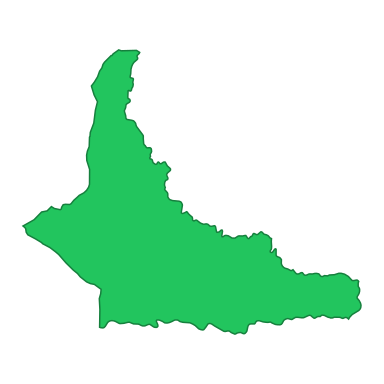 Sanarate, El Progreso, Guatemala, rotated 180°
{"feature_id": "79465075B63820217074048", "entity_name": "Sanarate", "entity_type": "district", "adm_level": 2, "iso_a3": "GTM", "parent_name": "Guatemala", "parent_adm1": "El Progreso", "projection": "robinson", "projection_center": [-90.277, 14.777], "detail": "fine", "context": "isolated", "style": "filled", "palette": "green", "viewbox_px": 384, "rotation_deg": 180, "n_neighbors": 0, "source": "geoboundaries", "source_scale": "gbopen_adm2", "svg_char_len": 5907}
<svg xmlns="http://www.w3.org/2000/svg" viewBox="0 0 384 384"><g transform="rotate(180 192 192)"><path d="M25.3,102.5L25.9,103.3L26.8,103.9L27.8,103.9L30.3,103.4L31.7,103.5L32.2,103.8L35.6,107.5L39.4,109.8L42.8,110.7L45.2,110.7L49.6,109.3L54.6,109.0L56.4,108.1L59.6,108.4L61.2,107.5L62.1,107.5L63.0,107.7L63.6,108.1L64.8,109.8L65.5,110.2L67.4,110.6L69.0,110.6L71.7,110.0L74.1,110.1L75.3,109.9L77.2,109.0L78.2,108.8L79.1,108.8L79.9,109.2L81.6,111.3L82.2,111.4L83.0,111.3L85.2,110.1L86.7,110.0L87.5,110.2L88.6,111.2L91.0,114.3L92.5,113.4L93.4,113.5L96.2,115.0L99.3,115.9L100.2,116.5L101.5,117.8L102.2,119.0L102.7,120.6L102.6,123.4L102.6,124.4L103.0,125.0L104.2,126.4L106.5,127.3L107.3,127.8L107.7,128.2L107.9,129.2L107.9,134.8L108.7,135.2L109.5,134.6L111.4,131.9L112.1,131.5L113.0,131.6L113.8,132.1L113.8,133.0L113.4,133.8L112.8,134.5L112.5,135.7L112.4,137.6L112.7,142.4L112.5,145.4L114.1,146.2L115.2,147.6L116.0,148.4L117.6,149.2L119.6,149.7L120.2,150.0L121.8,151.7L122.4,152.1L123.3,152.1L126.3,149.5L127.6,149.4L129.5,150.4L130.3,150.5L130.8,150.2L131.9,148.1L132.7,147.5L133.4,147.4L134.5,146.0L135.3,145.4L135.9,145.5L136.6,146.1L137.5,147.6L138.2,148.5L139.1,148.5L141.5,148.0L145.0,148.1L145.9,147.9L149.0,145.9L149.8,145.9L151.3,145.9L152.0,146.0L155.7,148.2L157.8,148.6L158.5,148.6L159.6,148.3L160.5,147.5L161.3,147.2L162.0,147.3L162.2,148.2L161.5,152.6L161.6,153.3L162.0,154.0L162.8,153.9L164.7,152.2L165.4,151.9L166.3,151.7L167.3,151.9L167.7,153.2L168.4,157.0L168.7,157.8L169.6,158.3L172.3,157.7L173.7,157.8L174.3,158.1L176.1,159.7L177.1,160.0L177.9,160.1L179.8,159.8L180.7,159.8L183.5,160.9L187.3,163.8L187.9,163.9L188.8,163.7L189.6,163.2L190.6,163.2L191.4,163.9L191.5,165.8L191.8,166.9L194.5,169.2L195.7,170.4L196.7,171.9L197.4,172.3L199.2,171.3L201.0,170.6L201.8,170.5L202.6,171.1L202.7,171.9L201.6,178.7L201.7,179.6L202.6,181.4L203.2,182.1L204.8,182.8L211.4,183.4L214.0,184.3L214.8,184.9L215.8,186.3L216.2,187.1L216.2,190.1L216.6,191.3L218.7,193.7L219.3,194.5L219.1,195.5L218.7,196.4L219.4,198.3L219.5,199.6L219.2,201.8L218.9,202.5L218.4,203.3L217.9,203.8L216.5,204.4L216.1,205.2L216.2,206.3L217.1,208.2L217.3,209.3L217.1,210.2L216.2,211.3L213.8,213.4L213.5,214.0L213.5,215.0L214.1,215.8L216.7,218.1L218.8,221.9L219.9,222.0L220.8,221.7L222.7,220.4L223.4,220.3L224.1,220.4L225.0,221.6L225.8,222.0L226.5,221.4L227.0,220.2L227.6,219.8L228.4,219.7L229.2,220.0L229.9,220.6L230.5,220.9L231.1,221.7L231.5,223.3L231.9,224.3L232.5,224.8L234.0,225.2L234.3,226.2L233.5,227.5L233.8,229.5L233.4,230.5L232.8,231.3L232.4,232.5L232.6,234.6L232.9,235.5L233.6,236.1L234.6,236.3L236.7,236.1L237.2,236.3L237.8,236.8L238.7,238.2L239.9,239.4L240.3,240.3L240.7,245.2L240.7,247.7L240.8,248.4L241.5,249.5L247.4,257.4L248.0,258.9L248.2,260.0L248.5,260.9L249.8,262.6L250.6,263.2L252.1,263.7L257.2,264.6L257.8,265.3L258.1,266.0L258.3,268.3L259.5,272.3L259.6,273.4L258.4,276.2L258.0,279.0L257.8,279.5L257.1,280.2L254.5,281.8L253.9,282.8L253.9,283.8L254.3,284.7L255.8,285.5L256.1,286.2L256.2,287.1L255.9,293.2L255.1,293.6L253.9,292.9L253.1,293.1L252.5,294.0L252.3,295.4L251.2,297.3L250.9,298.8L250.8,299.9L251.2,301.7L250.6,304.9L251.0,305.6L253.5,306.3L253.9,306.9L253.8,307.9L253.3,310.0L253.0,314.8L252.2,317.8L251.2,320.0L250.0,321.7L247.0,324.3L246.4,325.1L246.3,326.0L246.8,327.0L247.0,327.9L246.6,328.8L244.8,330.5L244.3,331.6L247.5,333.6L262.7,333.2L265.3,334.1L270.9,330.1L272.0,328.5L272.9,328.4L279.5,321.8L281.0,319.6L282.1,316.1L284.4,312.8L286.4,307.2L289.7,301.8L292.6,298.0L289.9,289.1L286.5,282.3L288.6,273.8L290.2,260.9L293.7,251.6L294.0,247.7L294.5,246.9L294.8,237.4L296.6,232.9L297.4,228.8L297.2,223.5L294.4,214.6L294.5,199.7L295.4,196.8L297.4,193.7L300.2,191.1L304.7,188.7L306.9,186.6L310.2,183.7L312.9,180.3L314.3,179.5L318.6,179.7L320.8,179.3L322.4,176.7L322.7,175.0L323.8,174.3L329.6,175.5L332.6,177.4L336.9,173.1L342.4,172.0L350.0,164.2L361.0,158.0L359.2,156.5L358.3,155.3L357.8,151.8L356.2,149.2L348.5,145.1L342.5,141.5L341.4,140.3L334.0,136.4L328.6,132.3L325.3,129.5L318.0,121.1L310.8,114.0L306.5,110.5L303.7,107.1L297.4,102.1L293.6,100.4L289.6,99.6L282.9,94.7L283.3,90.3L284.7,85.4L284.1,74.5L284.4,56.7L283.2,56.3L281.3,56.1L280.6,56.2L279.9,56.5L278.7,57.7L276.3,61.6L274.7,62.8L273.5,63.2L272.1,63.4L269.9,63.1L268.2,62.4L264.8,60.6L263.9,60.4L260.2,60.7L256.0,61.7L254.6,61.8L250.5,60.1L245.6,59.9L244.5,59.5L242.9,58.6L241.4,58.1L239.5,58.1L238.9,58.2L235.9,59.5L234.5,59.7L233.9,59.5L230.4,57.1L229.3,56.7L227.8,56.6L227.1,56.7L226.2,57.5L226.1,58.6L226.3,59.5L227.6,62.5L227.6,63.5L227.0,64.0L225.4,64.0L224.3,63.8L221.3,62.5L219.4,61.2L217.9,61.0L216.7,61.0L214.8,61.4L212.3,62.4L209.4,63.9L208.7,64.0L206.8,64.0L206.2,63.9L203.9,62.4L201.1,61.7L194.0,61.2L191.2,59.9L188.7,58.4L185.3,55.2L183.3,54.4L181.7,54.1L181.0,54.1L180.3,54.3L179.8,54.8L178.2,56.8L176.2,59.8L175.7,60.2L174.7,60.5L173.3,60.4L172.3,60.0L169.2,57.9L160.3,52.8L158.9,52.5L155.9,53.1L154.5,52.8L152.7,51.4L149.2,49.9L148.3,50.1L146.8,51.0L145.1,51.4L143.2,51.5L140.8,50.4L139.9,50.3L139.2,50.5L138.7,50.9L137.6,52.1L137.1,53.0L136.2,57.3L135.8,58.3L135.3,59.1L134.3,59.9L133.6,60.0L132.6,60.1L129.5,60.1L129.0,60.5L128.1,62.1L127.3,62.9L126.0,63.3L124.4,63.2L120.9,62.1L117.6,61.7L116.0,61.6L114.4,61.9L113.3,61.9L112.0,61.0L108.7,59.6L106.8,59.3L104.0,59.2L102.7,59.7L101.8,60.7L100.4,63.3L99.6,64.2L98.0,65.0L96.6,65.4L95.9,65.4L92.6,64.5L91.9,64.6L89.8,65.9L88.3,66.7L86.2,66.7L82.1,66.2L80.3,66.3L75.9,68.3L74.7,68.7L73.9,68.7L72.9,68.2L71.6,67.0L70.1,65.9L69.2,65.8L67.0,67.1L66.0,67.5L63.8,67.5L62.4,68.7L61.9,68.9L59.7,68.6L56.0,66.8L54.2,66.4L53.3,66.0L51.4,66.1L49.6,66.8L44.0,66.7L42.3,65.9L41.1,65.6L38.7,66.6L37.7,66.5L36.6,66.0L35.4,64.9L34.4,66.7L31.8,69.5L25.1,73.6L24.0,74.8L23.3,76.2L23.0,78.5L23.1,79.3L23.5,80.9L24.8,83.4L26.8,85.8L26.9,86.6L26.8,87.4L25.5,89.5L24.9,90.8L24.4,92.8L24.4,94.9L24.7,95.8L25.8,97.6L25.8,101.0L25.3,102.5Z" fill="#22c55e" stroke="#15803d" stroke-width="1.5"/></g></svg>